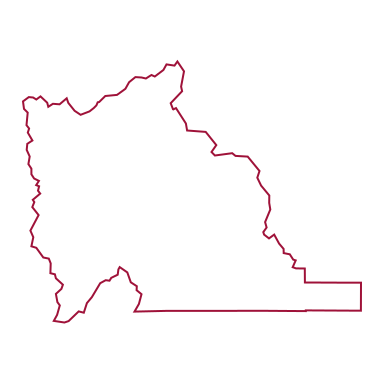 outline of Utah, Utah, United States of America
{"feature_id": "52423323B70562342190922", "entity_name": "Utah", "entity_type": "district", "adm_level": 2, "iso_a3": "USA", "parent_name": "United States of America", "parent_adm1": "Utah", "projection": "mercator", "projection_center": [-111.763, 40.177], "detail": "fine", "context": "isolated", "style": "outline", "palette": "rose", "viewbox_px": 384, "rotation_deg": 0, "n_neighbors": 0, "source": "geoboundaries", "source_scale": "gbopen_adm2", "svg_char_len": 1732}
<svg xmlns="http://www.w3.org/2000/svg" viewBox="0 0 384 384"><path d="M352.5,282.7L304.9,282.5L304.8,268.5L296.0,268.4L292.7,267.2L295.7,260.4L293.2,259.6L289.8,254.3L283.7,253.1L283.6,248.9L279.1,243.6L274.2,234.6L269.0,238.4L264.1,234.6L263.3,232.1L266.6,227.5L265.1,222.1L270.3,209.5L269.2,202.9L269.3,195.5L261.1,185.6L257.3,177.7L259.5,171.0L247.7,156.6L235.5,155.9L232.2,153.2L214.9,155.5L211.5,152.0L216.3,145.1L205.7,131.9L187.1,130.5L185.9,123.5L176.0,108.1L173.3,109.4L173.0,109.2L170.7,103.2L182.1,91.2L181.1,86.6L184.0,71.3L177.4,61.5L174.5,65.6L166.5,64.4L163.4,70.0L154.8,76.5L151.4,75.0L145.9,78.5L141.6,77.5L135.4,77.1L129.1,82.2L125.4,88.8L123.1,90.5L117.0,94.9L105.3,96.0L99.2,102.0L97.8,102.3L97.7,102.3L96.4,105.4L93.7,108.1L89.5,111.4L80.6,114.8L74.6,110.8L68.3,102.9L66.7,98.3L59.6,104.3L52.9,103.8L48.3,106.8L47.2,102.7L40.5,96.4L36.3,99.5L33.1,97.5L28.8,97.1L23.0,101.4L24.0,108.9L27.7,112.6L26.5,125.2L29.1,128.5L27.8,132.6L32.4,140.5L27.3,143.8L26.7,149.9L29.7,156.5L28.4,164.1L31.4,168.7L31.4,174.3L34.1,178.5L38.9,180.9L36.2,185.1L39.1,186.3L38.0,190.7L40.2,193.6L32.8,199.8L34.3,202.1L32.3,207.1L38.6,215.1L37.0,218.1L30.4,230.6L33.3,237.2L31.4,246.3L36.3,247.8L43.3,257.5L48.8,258.6L50.7,263.4L50.4,273.2L54.9,274.3L55.9,278.3L62.9,284.7L61.4,288.9L55.9,293.9L57.4,302.1L59.8,305.4L57.1,314.9L53.8,320.9L64.4,322.5L68.6,321.1L78.7,311.4L83.8,312.7L86.9,303.1L91.9,297.1L100.2,283.2L105.7,280.2L109.5,280.7L111.3,277.8L117.7,274.7L118.4,269.4L119.7,267.1L123.3,269.6L127.3,272.4L130.8,282.3L136.8,286.2L136.6,290.2L141.5,294.2L138.9,304.0L134.5,311.6L165.4,310.9L184.3,310.9L263.8,310.8L305.8,311.1L305.8,310.4L360.9,310.7L361.0,282.7L352.5,282.7Z" fill="none" stroke="#9f1239" stroke-width="2"/></svg>